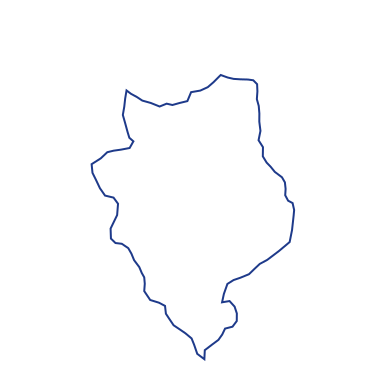 João Monlevade, Minas Gerais, Brazil, rotated 217°
{"feature_id": "56859067B65485925185002", "entity_name": "João Monlevade", "entity_type": "district", "adm_level": 2, "iso_a3": "BRA", "parent_name": "Brazil", "parent_adm1": "Minas Gerais", "projection": "equal_earth", "projection_center": [-43.162, -19.84], "detail": "fine", "context": "isolated", "style": "outline", "palette": "blue", "viewbox_px": 384, "rotation_deg": 217, "n_neighbors": 0, "source": "geoboundaries", "source_scale": "gbopen_adm2", "svg_char_len": 1430}
<svg xmlns="http://www.w3.org/2000/svg" viewBox="0 0 384 384"><g transform="rotate(217 192 192)"><path d="M126.5,74.5L119.1,74.9L112.2,75.2L104.2,74.8L98.4,71.3L90.4,65.9L81.5,65.9L86.6,73.4L84.1,82.3L81.9,89.8L82.1,96.4L83.4,102.8L78.6,108.8L78.6,115.9L83.1,122.0L89.0,126.1L96.4,127.5L101.6,122.0L105.2,129.8L108.4,139.9L105.8,146.7L101.8,152.6L97.0,160.7L95.9,167.8L94.6,175.4L91.1,183.0L89.0,190.3L87.0,197.4L83.9,210.8L89.2,221.8L96.5,234.1L99.6,239.1L105.0,243.7L110.0,242.9L115.6,245.5L119.1,250.8L123.6,255.6L129.0,257.9L138.0,257.9L144.4,259.5L150.1,260.4L156.9,263.1L162.3,270.5L170.0,273.4L174.1,282.0L180.6,288.7L185.5,295.3L190.5,300.9L196.1,305.2L200.3,311.7L204.9,317.3L210.3,318.1L215.0,315.5L220.9,311.3L226.8,307.4L232.4,304.9L239.5,302.7L240.9,292.6L242.5,285.2L246.4,278.0L252.8,271.2L250.4,261.8L255.5,255.6L260.0,249.7L265.4,247.3L269.3,240.8L278.5,238.3L286.7,235.1L293.1,234.7L299.8,233.7L305.4,233.7L301.6,226.4L297.4,219.3L293.6,211.9L287.0,206.9L279.5,201.1L274.7,197.6L269.3,197.2L268.3,189.6L274.1,183.2L279.5,177.8L283.6,172.8L285.1,164.0L288.9,153.8L283.0,147.4L276.0,143.9L267.8,139.6L259.3,136.8L251.3,140.3L244.0,138.1L237.9,128.5L235.0,113.8L228.7,106.0L222.4,105.2L216.9,108.4L209.1,108.8L203.3,106.3L197.2,102.7L188.9,100.3L183.4,97.1L178.8,95.1L174.5,90.3L170.5,84.1L160.4,80.6L151.8,83.7L145.0,84.8L139.6,79.1L134.6,77.3L126.5,74.5Z" fill="none" stroke="#1e3a8a" stroke-width="2"/></g></svg>